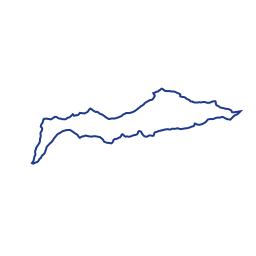 Thrimshing, Tashigang, Bhutan, rotated 228°
{"feature_id": "84629894B18774539959245", "entity_name": "Thrimshing", "entity_type": "district", "adm_level": 2, "iso_a3": "BTN", "parent_name": "Bhutan", "parent_adm1": "Tashigang", "projection": "equal_earth", "projection_center": [91.6, 27.098], "detail": "fine", "context": "isolated", "style": "outline", "palette": "blue", "viewbox_px": 256, "rotation_deg": 228, "n_neighbors": 0, "source": "geoboundaries", "source_scale": "gbopen_adm2", "svg_char_len": 5890}
<svg xmlns="http://www.w3.org/2000/svg" viewBox="0 0 256 256"><g transform="rotate(228 128 128)"><path d="M137.0,170.2L136.6,170.1L135.5,169.7L135.0,169.7L134.6,169.8L133.7,169.0L133.0,166.4L132.9,165.3L133.0,164.4L133.6,163.5L134.1,163.0L134.2,162.2L134.7,160.5L134.9,159.2L135.1,158.3L135.3,156.9L135.0,155.9L135.1,153.8L135.5,152.3L135.5,151.2L135.9,145.6L136.1,144.3L136.3,143.6L136.6,142.2L137.9,139.6L138.6,138.5L139.3,137.8L140.0,137.2L140.5,136.2L140.6,135.2L140.8,134.8L140.9,134.4L141.2,133.5L141.3,132.7L141.2,131.9L141.2,131.2L141.4,130.7L141.6,130.0L141.7,129.6L142.5,127.7L142.7,127.0L143.1,126.1L143.6,125.2L144.1,124.4L144.4,123.8L144.8,123.4L145.6,122.8L146.5,121.4L147.1,120.1L147.7,119.7L149.9,118.9L151.0,118.7L151.8,118.5L152.6,118.5L153.3,118.3L154.0,118.0L154.6,118.0L155.4,117.7L156.1,117.4L156.6,117.0L157.0,116.8L157.5,116.6L159.9,116.2L160.4,116.0L161.0,115.6L161.2,115.1L161.7,114.6L162.6,114.3L164.1,113.9L165.5,113.6L166.2,113.6L166.7,113.2L167.7,113.0L167.7,112.4L167.7,111.5L167.6,110.9L167.2,109.8L167.1,109.3L167.1,108.3L167.4,107.2L167.7,106.0L168.0,105.3L168.4,105.1L168.9,104.6L169.2,104.2L170.7,103.0L171.4,102.4L171.1,100.9L171.1,99.8L171.3,99.3L171.7,98.8L171.9,98.2L172.6,97.4L172.9,96.4L173.4,96.0L174.2,96.1L174.8,96.3L175.2,96.2L175.1,95.5L175.1,94.5L175.0,93.5L175.0,92.6L175.2,91.3L175.9,90.2L176.0,89.9L176.1,88.9L176.1,88.3L176.3,87.4L176.8,86.8L177.3,86.4L178.0,85.6L178.3,85.2L179.3,84.6L179.8,84.4L180.2,84.1L181.2,83.1L181.7,82.8L183.5,82.4L184.1,82.2L184.9,81.5L185.3,81.0L185.4,79.7L185.6,79.3L185.6,78.8L185.6,78.2L185.7,77.8L185.9,76.7L186.3,76.1L186.6,75.9L187.1,75.7L188.4,74.5L189.4,73.9L190.4,72.5L190.6,72.0L191.0,71.8L191.0,71.2L190.7,70.6L190.6,70.3L189.7,69.1L189.5,68.7L189.2,67.9L188.9,67.5L188.8,66.8L188.6,66.0L188.2,65.2L187.8,64.6L187.4,64.1L186.6,64.1L185.8,64.2L184.7,63.6L184.2,63.0L183.6,61.8L183.3,60.6L182.9,59.7L182.1,58.9L181.5,58.6L180.9,58.2L180.2,57.5L179.5,56.6L179.1,55.9L178.8,55.3L177.1,53.7L176.7,53.0L176.3,52.3L176.1,51.5L176.0,51.2L175.8,50.6L175.5,49.9L175.5,49.2L175.4,48.7L175.2,48.2L174.9,47.5L174.6,46.2L173.9,45.5L173.7,45.1L173.3,44.1L172.6,43.1L171.9,42.5L171.0,42.1L170.6,41.7L170.2,41.2L169.9,40.9L169.6,39.8L169.1,38.9L168.6,38.5L168.2,37.8L167.5,36.8L166.6,35.3L166.4,34.3L166.2,33.2L164.9,33.7L164.2,36.2L163.5,37.8L163.4,38.9L163.5,39.5L163.8,40.1L163.9,41.0L164.3,41.7L164.0,42.7L164.1,43.3L164.4,44.0L164.8,45.0L165.1,45.8L164.9,47.3L165.0,48.5L165.3,49.6L165.6,50.3L166.6,51.9L167.1,53.0L167.6,53.8L168.1,54.4L168.4,55.3L168.5,56.5L168.6,57.5L168.8,59.8L168.7,61.6L168.9,62.9L169.3,64.7L169.5,65.4L169.7,65.8L170.0,67.3L170.3,70.0L170.5,70.8L170.5,71.6L170.3,72.8L170.0,73.7L169.7,75.1L169.7,75.6L169.4,76.9L169.0,77.9L167.9,80.4L167.1,81.5L165.6,83.4L164.5,83.9L162.9,84.3L159.8,85.0L157.5,85.7L156.8,85.8L155.1,85.6L154.3,85.5L152.9,85.7L152.8,86.5L152.5,87.8L152.2,88.5L151.7,89.1L150.8,91.3L150.4,91.8L150.0,92.0L149.6,92.1L149.0,92.7L148.3,93.1L146.9,94.3L146.1,95.1L145.8,95.3L144.8,97.1L143.7,98.2L141.3,100.1L139.7,101.2L138.4,101.2L137.2,101.6L136.0,101.6L134.1,101.1L132.7,101.6L130.7,102.8L129.3,104.2L127.9,105.1L127.6,106.2L128.0,108.0L128.8,109.1L128.7,110.7L127.8,111.8L127.3,112.9L126.8,115.1L126.4,115.9L126.6,117.3L127.2,118.5L127.2,119.6L126.4,119.9L125.5,119.9L124.3,120.0L123.1,120.5L122.8,121.0L122.2,121.9L121.9,122.1L121.4,122.4L121.0,122.7L120.6,123.2L119.7,125.0L119.2,126.5L119.0,127.1L117.8,129.0L117.5,129.8L117.3,130.3L117.3,131.3L117.5,131.7L118.0,132.3L118.2,132.7L118.3,133.1L118.4,133.7L118.3,134.2L117.9,134.5L117.4,134.9L116.9,135.1L116.2,135.2L114.3,134.6L112.4,134.5L111.7,134.6L110.8,134.7L110.0,135.1L109.4,135.7L108.8,136.4L108.7,137.0L108.3,138.7L108.0,139.2L107.1,139.9L106.0,140.8L105.4,141.4L105.2,141.7L105.3,142.1L105.7,142.8L106.4,143.9L106.7,144.6L106.8,145.0L106.5,145.7L106.1,146.5L105.5,147.6L105.3,148.4L105.2,149.0L104.6,149.7L104.1,150.5L104.0,150.8L103.9,151.3L103.7,151.8L103.4,152.0L103.1,152.4L102.9,152.8L102.6,153.8L102.1,154.5L101.7,155.1L101.2,155.8L100.6,156.7L100.3,157.0L99.7,157.3L98.6,158.3L98.3,159.0L98.1,159.7L97.8,160.6L97.5,160.9L97.0,161.2L96.7,161.5L96.2,162.1L95.5,163.0L95.0,164.2L94.7,164.5L94.3,164.9L93.3,165.5L92.7,165.8L91.6,166.8L90.9,168.0L90.0,169.3L89.3,170.5L88.4,171.7L87.9,172.4L87.4,173.7L86.9,174.6L86.5,176.1L85.9,177.1L85.5,178.0L85.5,178.5L85.9,179.6L86.7,180.5L86.5,180.8L85.2,181.3L83.9,182.0L82.7,183.1L81.9,184.4L81.3,185.8L80.7,188.0L80.5,188.7L80.5,189.2L80.4,190.3L80.5,190.7L80.8,192.5L80.8,193.2L80.2,194.3L79.4,195.4L78.4,196.4L77.7,197.2L76.8,199.7L76.1,201.1L75.3,202.2L74.4,203.0L73.8,204.0L73.6,204.6L73.3,205.4L72.4,206.0L69.0,207.2L67.6,208.1L65.7,209.7L65.9,211.8L65.9,212.8L66.1,214.5L65.8,216.6L65.2,217.8L65.0,220.1L65.2,222.8L65.8,221.9L66.5,220.6L68.2,218.2L68.9,217.0L69.5,216.4L70.0,216.0L70.4,215.9L70.8,216.1L71.2,216.3L71.9,216.4L72.5,216.3L73.4,216.0L74.7,215.4L75.6,214.7L77.0,213.4L78.2,212.7L79.6,211.6L81.2,210.5L81.9,210.2L82.9,210.1L83.8,209.8L84.9,209.3L85.4,209.1L86.0,209.0L86.5,209.2L87.3,209.5L87.8,210.1L88.4,210.4L89.4,210.8L89.8,210.4L90.4,209.7L91.2,208.5L91.7,206.7L92.1,205.9L92.5,205.0L93.1,204.5L93.4,204.0L94.4,203.3L95.4,202.8L96.5,201.8L97.0,201.4L97.7,200.0L98.7,198.8L99.5,198.2L100.2,197.0L101.0,196.0L102.3,194.6L102.8,194.3L103.5,193.9L103.8,193.7L104.1,193.8L104.5,193.7L105.7,192.5L106.0,192.3L106.4,192.2L107.5,192.3L107.9,192.2L110.5,191.1L111.2,191.0L111.5,191.0L112.1,190.9L113.1,190.5L113.5,190.3L114.5,189.4L116.1,188.2L116.5,188.1L116.9,188.1L117.2,188.4L117.5,188.9L118.0,189.3L118.5,189.3L121.8,187.8L122.9,187.4L124.2,186.6L124.7,186.3L125.0,185.9L125.6,185.2L126.3,184.5L127.6,183.7L128.5,182.5L130.1,181.0L130.7,180.4L131.3,180.2L132.8,180.0L134.1,179.7L134.8,179.2L134.8,178.0L134.8,177.4L135.1,176.3L135.0,174.9L135.6,173.9L135.9,173.2L136.4,171.4L137.0,170.2Z" fill="none" stroke="#1e3a8a" stroke-width="2"/></g></svg>